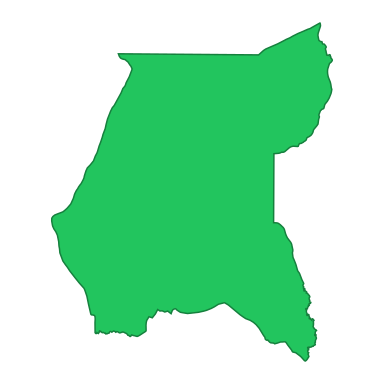 Sesan, Stœng Trêng, Cambodia
{"feature_id": "14789045B73389269548404", "entity_name": "Sesan", "entity_type": "district", "adm_level": 2, "iso_a3": "KHM", "parent_name": "Cambodia", "parent_adm1": "Stœng Trêng", "projection": "equal_earth", "projection_center": [106.435, 13.605], "detail": "fine", "context": "isolated", "style": "filled", "palette": "green", "viewbox_px": 384, "rotation_deg": 0, "n_neighbors": 0, "source": "geoboundaries", "source_scale": "gbopen_adm2", "svg_char_len": 5968}
<svg xmlns="http://www.w3.org/2000/svg" viewBox="0 0 384 384"><path d="M187.5,313.5L198.4,312.3L203.8,311.1L206.6,310.3L211.1,308.5L214.2,306.9L218.5,304.2L224.5,302.7L228.4,305.0L239.9,314.6L242.4,316.4L245.7,318.6L250.2,320.3L253.4,322.3L256.1,324.6L259.2,328.3L263.7,335.7L264.8,337.1L265.0,337.7L265.2,339.0L266.3,340.1L267.2,340.2L267.6,340.0L268.0,340.2L268.4,340.9L268.8,341.2L269.6,342.1L270.7,342.8L273.7,343.1L274.7,343.8L277.3,343.1L280.5,342.0L282.1,342.0L284.2,341.8L285.4,341.9L286.2,342.7L287.8,345.1L291.3,349.7L292.0,350.8L292.2,351.4L292.8,352.0L295.7,352.7L299.6,355.6L301.1,356.9L304.5,360.7L305.4,361.0L306.4,360.3L307.3,359.1L307.8,358.5L308.0,357.8L308.6,357.1L308.9,356.4L308.7,356.1L308.4,354.7L308.0,354.3L308.1,353.7L308.5,353.2L308.7,352.7L308.0,352.3L307.8,351.7L307.7,350.6L307.9,350.4L307.8,350.0L308.3,349.6L308.6,349.7L308.8,348.8L308.4,348.2L307.8,348.3L307.6,347.9L307.7,347.5L308.2,347.2L308.5,347.7L308.8,347.7L309.6,347.1L310.1,347.2L311.3,347.0L312.3,346.2L312.8,346.4L313.3,346.2L313.5,345.8L313.8,345.5L315.1,344.9L315.3,344.5L314.8,343.0L315.4,342.2L315.4,341.8L315.3,341.5L315.5,340.2L315.8,339.7L316.4,338.3L316.3,337.6L315.9,336.8L316.0,334.8L315.7,334.7L315.4,335.3L314.8,335.4L314.7,334.6L315.3,333.3L315.2,332.3L315.4,331.8L315.9,330.9L316.5,330.6L316.1,329.9L314.5,329.0L314.0,328.0L313.6,327.8L313.5,327.3L313.1,326.7L313.5,324.8L313.3,324.2L313.3,323.9L313.5,323.8L313.5,322.7L313.2,321.2L313.6,321.0L314.0,320.5L313.9,320.2L312.9,319.0L312.5,318.8L312.2,318.9L312.2,319.3L311.6,320.1L311.0,319.3L310.3,319.2L310.4,318.5L310.4,318.2L310.1,318.1L309.3,318.3L309.4,316.9L309.1,316.3L308.9,314.8L308.6,314.6L307.8,315.1L307.7,314.7L307.0,315.3L306.7,314.8L307.2,313.9L306.7,313.0L306.4,311.8L306.3,311.3L306.5,310.5L306.5,310.0L305.9,309.6L305.7,308.9L306.0,308.6L307.2,308.9L307.4,308.7L307.6,307.5L307.9,306.9L308.3,306.6L308.4,306.3L308.4,305.5L309.1,305.5L309.3,305.3L308.9,304.1L309.1,303.8L309.4,303.6L310.0,303.6L310.5,303.3L310.6,303.0L310.8,302.4L310.1,302.1L309.6,301.4L309.8,300.3L309.5,299.9L309.1,298.8L309.3,297.6L309.8,297.0L309.8,296.6L309.2,295.3L308.5,294.9L308.0,294.0L307.3,293.2L306.3,293.0L306.6,291.9L305.4,290.9L305.0,290.5L304.3,291.0L304.0,290.9L303.9,290.6L304.1,290.1L304.5,290.1L304.9,289.4L304.8,288.8L304.6,288.5L304.3,288.5L303.7,289.0L303.6,288.7L303.4,287.5L303.7,286.8L303.2,286.1L303.0,285.6L302.9,285.1L303.7,283.8L303.6,283.2L301.9,279.7L299.7,273.9L299.2,272.9L298.2,271.6L297.6,270.6L295.9,264.5L294.3,260.4L293.0,257.4L292.4,252.8L292.8,251.0L292.8,249.7L291.6,244.1L290.8,242.4L287.4,237.9L286.5,236.1L285.6,233.9L284.3,229.2L283.3,227.6L280.4,224.8L278.5,223.4L277.0,222.9L273.6,222.7L273.9,153.7L278.5,153.3L280.0,153.0L281.9,152.1L282.6,152.3L283.8,152.1L284.8,151.6L289.1,147.9L290.6,146.9L292.2,146.4L293.3,146.2L297.6,146.5L298.2,146.3L298.8,144.7L299.5,143.6L301.1,143.4L303.2,142.3L304.1,141.5L305.2,140.9L306.1,140.1L306.9,137.9L307.4,137.4L308.8,136.8L310.9,135.4L311.8,134.3L312.8,132.6L313.6,129.7L316.6,126.1L318.0,124.1L318.6,119.5L319.4,116.9L319.3,116.4L318.8,115.0L320.2,111.3L320.5,110.6L321.2,110.1L321.7,109.4L323.3,108.8L323.7,108.5L324.0,107.7L324.8,104.5L327.5,101.0L329.2,98.0L331.0,93.5L331.4,91.9L331.8,89.4L331.3,87.7L330.8,84.3L330.3,82.2L328.3,77.1L327.9,75.3L327.6,73.5L327.5,71.2L327.7,69.0L329.4,63.7L330.3,62.8L331.2,62.1L332.2,60.7L332.3,60.0L331.9,59.1L330.8,57.8L330.9,57.0L330.2,56.3L330.3,55.8L330.3,55.1L329.9,54.9L329.5,54.9L329.4,54.7L329.2,54.7L328.8,55.1L328.1,55.3L327.5,55.1L327.1,55.2L326.7,55.0L326.6,53.7L326.1,52.1L326.1,51.2L325.7,50.2L325.4,48.5L326.1,47.5L326.2,46.9L325.5,45.6L324.2,44.1L322.6,43.9L322.3,43.3L322.1,42.1L321.8,41.6L320.9,41.7L319.0,40.5L318.5,38.6L317.9,35.3L318.2,33.1L320.4,26.3L320.5,25.6L320.3,23.8L319.9,23.0L309.7,28.7L308.0,29.2L297.8,33.6L292.8,36.1L289.9,37.8L286.2,39.4L284.2,40.5L277.8,43.8L265.8,49.0L263.5,50.5L258.6,54.9L118.4,53.8L119.3,56.3L120.5,58.0L121.5,58.6L122.8,59.1L125.4,59.7L126.1,60.5L128.0,62.0L130.0,65.1L131.2,66.6L131.5,67.7L132.1,68.7L131.8,70.1L129.2,76.9L126.2,82.6L125.5,84.8L124.9,86.1L122.9,88.5L121.1,92.9L114.2,105.5L112.4,107.6L110.6,111.2L107.5,119.1L106.1,124.5L105.2,128.7L103.0,134.5L102.3,137.2L100.7,142.0L99.1,146.1L97.6,151.2L97.0,152.9L95.3,156.1L93.5,160.9L90.1,165.1L87.4,167.8L86.0,170.8L84.4,175.8L84.0,177.8L83.2,179.7L81.9,182.2L81.0,183.8L80.2,184.7L78.5,187.1L77.7,188.7L76.5,190.3L75.4,192.4L74.5,194.4L73.9,196.6L73.3,198.5L71.4,202.7L70.7,204.1L66.9,208.5L64.0,211.0L62.8,211.9L57.3,214.0L54.8,215.0L52.9,216.5L51.8,218.2L51.7,220.9L52.4,225.0L52.7,226.2L53.9,228.9L55.8,231.7L57.4,235.2L58.7,241.7L59.0,246.0L59.5,248.7L59.9,252.9L62.9,261.0L65.3,264.5L67.3,267.1L69.7,270.8L75.2,277.9L79.3,283.0L84.1,288.4L85.0,290.6L86.9,296.2L88.5,304.1L90.6,313.2L91.0,314.5L91.7,314.9L93.2,315.0L94.4,315.5L95.0,316.4L95.2,319.0L95.0,322.7L95.1,332.7L95.7,333.4L96.1,333.6L97.0,333.1L97.0,332.7L98.3,333.5L99.1,332.5L99.3,331.3L99.5,330.9L99.8,330.9L100.4,331.6L100.7,331.4L101.0,331.5L101.9,332.5L102.4,332.7L103.4,332.4L104.4,333.1L105.2,333.1L105.4,333.5L105.7,333.9L106.2,333.9L106.5,333.7L107.4,333.7L108.2,333.2L108.8,333.2L109.2,333.0L109.7,331.9L110.0,331.6L110.6,331.4L111.4,331.8L111.6,332.1L112.0,332.1L112.6,331.6L113.6,331.0L114.9,331.4L115.3,331.9L115.8,332.3L116.1,332.1L116.2,331.7L117.1,331.6L117.7,331.8L119.1,332.7L119.8,332.9L120.7,332.7L121.4,332.3L121.9,332.4L122.8,331.9L124.4,332.5L125.0,332.9L125.5,333.0L126.8,333.8L127.4,334.5L127.8,335.2L128.5,335.3L130.1,336.5L130.7,336.3L131.3,335.3L131.7,334.9L133.2,335.5L134.4,335.7L136.9,336.4L137.7,336.3L139.6,335.3L145.6,331.4L146.0,330.9L146.1,330.3L146.0,325.2L146.2,322.7L146.7,320.5L147.0,320.0L149.0,316.7L152.3,317.8L155.4,313.9L157.7,309.5L159.9,311.0L162.2,310.8L164.8,312.0L167.7,311.1L171.1,313.7L172.3,310.5L172.7,310.0L173.4,309.4L175.1,308.7L175.8,308.9L177.0,310.1L179.9,312.0L180.5,312.3L182.6,312.7L187.5,313.5Z" fill="#22c55e" stroke="#15803d" stroke-width="1.5"/></svg>